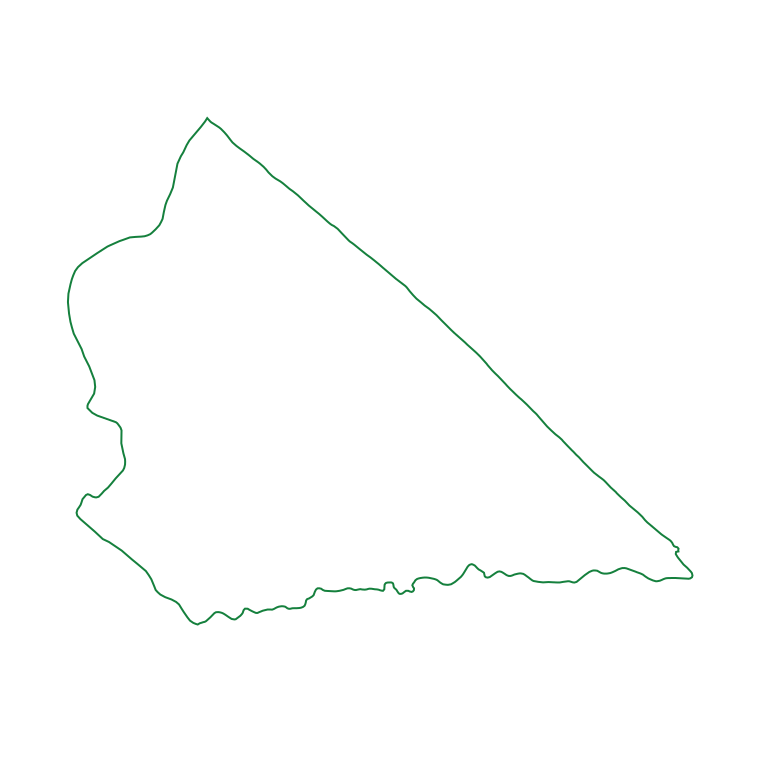 Champerico, Retalhuleu, Guatemala (Albers equal-area conic projection), rotated 184°
{"feature_id": "79465075B86216931252561", "entity_name": "Champerico", "entity_type": "district", "adm_level": 2, "iso_a3": "GTM", "parent_name": "Guatemala", "parent_adm1": "Retalhuleu", "projection": "albers", "projection_center": [-91.913, 14.334], "detail": "fine", "context": "isolated", "style": "outline", "palette": "green", "viewbox_px": 768, "rotation_deg": 184, "n_neighbors": 0, "source": "geoboundaries", "source_scale": "gbopen_adm2", "svg_char_len": 6131}
<svg xmlns="http://www.w3.org/2000/svg" viewBox="0 0 768 768"><g transform="rotate(184 384 384)"><path d="M578.9,636.9L580.8,633.4L584.6,627.7L595.1,613.4L597.5,608.6L600.4,601.1L602.5,597.1L605.4,589.4L608.3,565.3L610.6,558.4L613.3,551.7L614.5,547.4L615.6,540.3L616.4,533.3L617.6,530.2L619.2,526.7L622.6,522.4L625.9,518.8L627.6,517.2L630.2,515.8L633.1,514.7L636.5,514.1L642.1,513.4L647.7,512.5L654.5,509.5L657.8,508.1L667.0,503.2L669.5,501.8L678.9,494.8L688.9,487.0L693.4,483.5L697.4,479.3L700.0,475.2L701.6,470.6L702.7,466.7L703.7,461.6L705.1,452.1L705.0,443.6L703.1,432.3L701.1,424.1L699.2,418.5L697.0,412.6L688.1,397.8L685.0,390.5L679.3,381.0L673.1,367.6L671.9,360.9L672.5,354.2L677.9,343.3L678.3,341.5L678.1,339.3L673.0,334.9L667.9,332.5L648.8,327.2L647.3,326.2L645.8,324.5L643.8,322.1L642.6,319.4L641.9,306.5L639.1,296.6L637.1,291.0L636.8,288.5L636.7,285.6L637.3,282.1L638.4,279.5L645.1,271.1L648.7,266.0L652.1,261.4L655.7,257.9L657.9,255.0L660.8,251.6L663.1,250.8L664.3,250.8L666.9,251.3L669.5,252.8L671.8,253.4L673.6,252.4L674.5,251.1L676.7,248.1L677.5,244.8L678.2,242.3L679.7,239.6L681.1,237.3L681.7,234.1L680.8,231.3L677.5,228.1L662.1,216.5L653.7,209.7L647.3,207.2L634.0,199.5L623.2,191.4L617.0,187.0L608.5,180.8L605.4,177.0L602.5,173.0L599.1,166.2L597.4,162.6L595.3,160.6L592.5,158.4L587.4,156.1L580.9,154.2L576.2,152.1L573.1,149.8L570.4,146.0L567.8,142.5L563.8,137.5L561.0,134.4L557.6,132.4L554.9,131.5L553.0,131.1L551.2,132.4L548.9,133.3L547.7,133.8L546.3,134.2L545.0,135.0L540.9,139.2L537.2,143.6L535.7,144.6L533.5,144.9L531.8,144.8L529.8,144.4L528.2,143.8L526.1,142.7L522.9,140.8L519.6,139.0L516.8,138.7L515.5,139.0L511.1,142.8L509.7,144.6L508.9,146.0L508.6,147.4L508.2,148.7L507.0,150.2L504.3,150.3L502.4,149.3L499.4,148.0L497.0,147.1L495.7,146.7L494.2,146.8L492.4,147.8L491.1,148.4L489.1,149.4L486.3,150.3L484.4,150.9L481.6,151.1L479.9,151.1L478.3,151.8L477.2,152.5L475.5,153.6L473.5,154.5L471.9,154.9L470.4,155.2L468.9,155.2L467.2,155.0L465.9,154.3L464.7,153.5L463.1,153.1L461.6,153.3L459.8,153.9L455.2,154.3L453.0,154.6L451.3,155.0L449.3,155.9L447.8,157.2L447.2,158.7L446.8,160.6L446.6,162.6L445.6,164.1L443.9,164.8L440.8,167.0L439.5,168.4L438.8,170.8L438.5,171.9L437.5,174.2L436.1,175.5L434.4,175.7L432.4,175.4L430.7,174.3L428.6,173.6L425.7,173.6L418.9,173.7L417.1,173.9L413.9,174.6L410.1,175.8L407.8,176.9L406.2,177.6L404.4,177.8L402.5,177.6L400.8,176.9L399.3,176.5L397.6,176.5L395.3,177.2L393.4,177.7L391.3,177.5L388.8,177.5L386.9,177.9L385.4,178.5L384.2,178.8L382.4,178.9L378.8,178.6L376.7,178.6L374.9,178.4L373.6,178.0L372.1,177.7L370.6,177.6L369.4,179.2L369.4,180.8L369.4,183.7L368.9,184.8L368.1,185.7L366.6,186.2L363.9,186.5L362.5,186.5L361.1,185.7L360.6,184.2L360.2,182.4L359.5,181.3L357.3,179.6L356.0,177.8L354.7,176.2L353.5,175.7L352.1,175.9L350.9,176.4L349.6,177.6L347.7,179.2L345.4,179.4L343.8,178.8L341.9,178.5L340.6,179.2L339.8,180.5L339.8,182.3L340.7,183.3L341.7,185.2L341.2,186.7L340.1,188.3L339.0,190.4L337.4,191.8L336.0,192.4L334.1,193.0L331.8,193.5L329.9,193.8L327.5,193.9L325.6,193.8L320.6,193.1L318.6,192.6L317.1,192.0L314.0,189.8L312.3,188.9L311.0,188.3L308.2,188.1L306.2,188.1L304.6,188.5L303.1,188.9L300.9,190.4L299.5,191.4L298.0,192.8L295.9,194.9L293.8,197.0L292.5,198.8L291.8,199.9L290.9,201.6L287.8,207.6L286.5,209.2L285.4,209.9L283.8,210.4L282.2,209.9L280.7,209.2L279.6,208.2L278.0,206.7L276.6,205.6L274.8,204.8L272.1,203.3L271.1,202.7L270.5,200.6L270.0,199.1L268.8,198.3L267.1,198.1L265.0,198.8L259.7,203.1L257.6,204.6L255.8,205.1L253.8,204.8L252.1,204.0L250.1,202.9L248.4,201.9L247.2,201.5L246.0,201.2L244.2,201.4L242.6,202.0L240.7,203.0L238.2,203.8L236.9,204.2L235.5,204.5L234.2,204.6L231.8,204.3L230.0,203.4L228.0,202.1L226.2,201.0L224.2,199.6L222.3,198.4L221.0,197.9L219.1,197.7L216.5,197.4L211.5,197.2L206.1,197.9L201.3,198.0L197.4,198.1L194.7,198.3L191.5,199.1L189.5,199.5L186.6,200.1L185.2,200.1L181.9,199.3L180.3,199.2L178.1,200.0L170.3,207.4L166.1,210.8L163.4,212.2L162.1,212.6L160.3,212.7L158.3,212.6L154.5,210.8L153.0,210.4L151.1,210.2L149.6,210.3L147.9,210.5L146.7,210.8L145.1,211.2L143.1,212.1L140.3,213.6L137.3,215.5L134.6,216.6L133.4,217.0L131.2,217.2L129.3,217.0L119.8,214.3L118.7,213.9L116.8,213.4L114.7,212.8L112.4,211.9L110.0,210.3L106.8,208.5L104.9,207.8L102.0,206.8L99.1,206.2L97.8,206.3L95.1,207.0L93.3,207.9L91.5,208.9L89.7,209.7L88.1,210.1L83.8,210.5L79.8,210.8L66.5,211.0L65.0,211.4L63.3,212.7L62.9,214.5L63.7,216.9L64.8,218.2L68.8,221.9L72.6,224.8L78.7,231.4L80.4,233.7L81.1,234.8L80.9,236.9L78.6,237.5L78.9,238.7L78.7,240.3L80.0,241.6L81.8,241.9L83.4,242.5L84.5,244.0L85.3,245.5L86.6,247.0L87.5,247.8L88.9,248.7L91.0,249.9L95.7,252.7L97.1,253.6L105.1,259.5L111.7,264.3L114.1,266.4L117.1,269.6L120.2,272.2L121.9,273.6L130.7,279.9L135.7,284.5L139.0,287.0L141.0,288.6L144.3,291.4L145.1,292.3L150.6,296.6L154.4,300.1L156.0,301.6L158.2,303.5L160.3,304.9L163.0,306.6L168.2,310.1L170.0,311.6L176.2,317.0L179.7,320.0L184.4,324.5L187.3,326.8L188.9,328.3L190.4,329.7L192.0,331.0L196.7,335.2L201.4,339.5L202.6,340.8L205.5,343.1L209.5,345.8L213.9,349.3L218.3,353.0L227.0,361.7L229.6,364.4L231.0,365.6L233.3,367.4L240.0,373.4L245.9,378.2L248.0,379.7L251.0,382.1L257.9,387.9L261.2,390.9L262.7,392.4L270.9,399.9L273.8,402.3L277.1,405.2L280.3,408.4L281.9,410.0L283.1,411.4L289.9,418.0L294.2,421.7L298.3,424.9L303.5,428.9L306.2,431.2L317.3,439.7L320.7,442.5L331.2,451.6L336.5,456.4L344.1,462.1L348.9,465.1L353.1,468.2L357.6,471.4L361.1,474.6L364.7,478.2L368.1,482.0L369.6,483.3L379.5,489.8L393.3,500.0L397.8,503.4L400.1,505.0L402.2,506.5L406.3,509.3L410.2,511.7L417.0,516.4L423.5,521.0L425.5,522.3L427.9,523.7L429.2,524.7L436.9,531.7L440.0,534.6L441.1,535.6L443.6,537.2L445.0,538.1L447.2,539.0L449.0,540.1L451.7,542.1L457.3,546.6L460.7,549.2L464.3,551.7L471.5,556.8L477.1,561.3L483.0,566.2L488.3,569.9L491.8,572.0L498.9,577.2L501.6,578.9L506.6,581.4L509.9,583.5L514.0,587.0L516.3,589.5L519.2,592.2L523.3,595.3L524.8,596.3L530.1,599.5L534.5,602.7L539.8,606.2L544.4,609.0L547.8,611.2L552.0,614.4L554.3,616.9L557.9,621.0L560.9,624.0L564.4,627.1L566.4,628.5L570.2,630.6L572.2,631.7L574.5,632.9L575.8,633.9L578.9,636.9Z" fill="none" stroke="#15803d" stroke-width="2"/></g></svg>